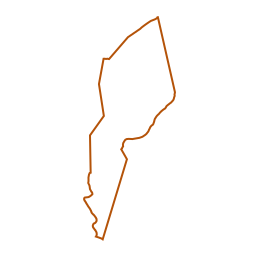 outline of Canelles, Micoud, Saint Lucia, rotated 85°
{"feature_id": "8701671B20457253682512", "entity_name": "Canelles", "entity_type": "district", "adm_level": 2, "iso_a3": "LCA", "parent_name": "Saint Lucia", "parent_adm1": "Micoud", "projection": "albers", "projection_center": [-60.909, 13.785], "detail": "fine", "context": "isolated", "style": "outline", "palette": "amber", "viewbox_px": 256, "rotation_deg": 85, "n_neighbors": 0, "source": "geoboundaries", "source_scale": "gbopen_adm2", "svg_char_len": 4197}
<svg xmlns="http://www.w3.org/2000/svg" viewBox="0 0 256 256"><g transform="rotate(85 128 128)"><path d="M56.9,146.3L81.7,153.1L113.9,151.0L132.0,166.5L169.3,169.1L169.5,170.1L171.0,170.9L173.9,171.7L175.4,171.8L177.6,172.0L179.3,172.4L182.0,171.4L183.2,171.3L185.6,171.2L186.7,170.7L188.4,170.0L189.0,169.4L190.7,169.2L190.8,169.3L191.0,169.4L191.0,169.5L192.1,170.8L192.2,171.0L192.3,171.2L192.4,171.3L192.5,171.5L192.7,171.9L192.8,172.0L193.2,172.9L193.2,173.0L193.3,173.1L193.3,173.3L193.4,173.5L193.5,176.1L193.5,176.4L193.5,176.5L193.5,176.9L193.5,177.0L193.8,177.5L194.0,177.6L194.4,177.8L194.5,177.8L194.8,177.9L195.0,177.9L195.4,177.9L195.5,177.9L195.8,177.8L195.9,177.7L196.1,177.7L196.4,177.6L196.7,177.4L196.8,177.4L197.0,177.2L197.3,177.1L197.6,176.9L197.8,176.8L197.9,176.7L198.0,176.7L198.3,176.6L198.5,176.5L198.6,176.4L198.8,176.4L199.0,176.2L199.3,176.1L199.5,176.0L199.7,175.9L199.9,175.8L200.0,175.8L200.2,175.7L200.3,175.6L200.5,175.5L200.6,175.4L200.8,175.3L201.0,175.2L201.3,175.1L201.6,175.0L201.7,174.9L201.9,174.8L202.0,174.8L202.1,174.7L202.3,174.6L202.8,174.4L203.2,174.1L203.4,174.0L203.5,173.9L203.9,173.7L204.0,173.6L204.4,173.4L204.6,173.3L204.8,173.2L205.1,173.0L205.3,172.9L205.5,172.8L205.7,172.7L205.8,172.7L206.1,172.6L206.5,172.4L206.8,172.3L206.9,172.2L207.1,172.1L207.3,172.1L207.7,172.0L207.9,171.9L208.1,171.9L208.3,171.8L208.5,171.8L208.6,171.7L208.9,171.7L209.1,171.6L209.4,171.5L209.5,171.4L209.8,171.2L210.1,171.0L210.2,170.9L210.3,170.8L210.4,170.7L210.6,170.6L210.8,170.4L211.1,170.2L211.3,170.0L211.4,169.8L211.6,169.7L211.8,169.5L212.0,169.4L212.2,169.2L212.6,169.0L212.7,168.9L212.9,168.8L213.0,168.7L213.4,168.5L213.6,168.4L213.8,168.2L214.1,168.1L214.3,168.0L214.4,167.9L214.5,167.9L214.8,167.7L215.1,167.6L215.3,167.5L215.5,167.5L215.6,167.4L215.8,167.4L216.0,167.3L216.4,167.3L216.6,167.3L217.0,167.3L217.3,167.3L217.5,167.4L217.8,167.5L218.0,167.5L218.4,167.8L218.6,167.9L218.7,168.0L218.8,168.1L219.0,168.3L219.3,168.5L219.5,168.8L219.7,169.0L219.8,169.2L219.8,169.3L219.9,169.5L220.0,169.7L220.0,169.8L220.1,170.0L220.2,170.3L220.3,170.4L220.3,170.5L220.5,170.7L220.6,170.8L220.8,170.9L220.9,171.0L221.1,171.1L221.3,171.2L221.5,171.3L222.0,171.5L222.3,171.6L222.5,171.6L222.8,171.6L223.0,171.6L223.3,171.5L223.5,171.5L223.8,171.4L224.0,171.4L224.3,171.2L224.5,171.1L224.7,170.9L224.8,170.9L225.0,170.8L225.1,170.7L225.3,170.6L225.5,170.5L225.6,170.4L225.8,170.3L225.9,170.2L226.1,170.1L226.3,170.0L226.4,169.9L226.5,169.9L226.7,169.7L226.8,169.7L227.0,169.6L227.1,169.4L227.4,169.3L227.6,169.2L227.8,169.1L228.0,169.0L228.2,168.9L228.3,168.9L228.5,168.8L228.6,168.7L228.9,168.6L229.0,168.6L229.3,168.5L229.5,168.5L229.7,168.4L229.8,168.4L230.0,168.4L230.3,168.4L230.6,168.4L230.8,168.4L231.0,168.4L231.3,168.4L231.5,168.5L231.9,168.6L232.0,168.6L232.4,168.8L232.5,168.8L232.8,169.0L233.0,169.0L233.3,169.2L233.4,169.3L234.3,167.2L235.8,164.0L236.7,162.9L159.0,131.8L148.6,136.6L147.8,135.7L146.9,135.4L146.0,134.5L144.2,134.5L142.7,134.1L140.8,132.8L139.5,131.7L138.9,130.2L138.9,128.2L139.4,124.6L139.0,120.0L138.8,117.5L138.0,114.4L136.3,111.3L135.4,110.1L134.3,109.1L133.7,108.5L133.1,108.0L132.4,107.6L131.7,107.3L131.0,106.8L130.3,106.4L129.6,106.0L128.9,105.6L128.3,105.0L127.7,104.4L127.3,103.7L126.9,103.0L126.3,102.5L125.6,102.2L124.8,101.8L123.4,101.2L122.9,101.1L122.1,100.8L121.4,100.5L120.7,100.0L120.1,99.5L119.4,99.0L118.8,98.5L118.2,97.9L117.7,97.3L117.2,96.7L116.7,96.0L116.1,95.4L115.5,94.9L115.0,94.2L114.4,93.6L113.5,92.3L113.0,91.6L112.6,90.9L112.2,90.2L111.9,89.5L111.3,88.9L110.7,88.4L109.9,88.0L109.4,87.5L108.9,86.8L108.4,86.1L108.0,85.4L107.5,84.7L107.1,84.1L106.7,83.3L106.2,82.7L105.7,82.1L105.1,81.5L104.6,80.9L104.0,80.4L103.3,80.0L102.5,79.7L101.6,79.4L100.9,79.1L100.1,78.7L99.3,78.7L98.5,78.7L97.7,78.4L97.1,78.3L96.5,78.1L19.3,88.7L19.8,88.7L20.3,89.0L20.7,89.3L21.1,89.7L21.4,90.2L21.8,90.9L22.0,91.5L22.2,92.0L22.4,92.7L22.6,93.3L22.7,93.8L22.9,94.4L23.1,95.2L23.2,95.6L23.9,97.0L24.9,98.8L25.8,100.4L26.8,102.1L27.6,103.4L28.1,104.2L28.8,105.3L29.2,105.9L29.7,106.5L30.2,107.1L37.5,120.1L57.7,140.9L57.2,142.5L57.3,143.8L56.9,145.6L56.9,146.3Z" fill="none" stroke="#b45309" stroke-width="2"/></g></svg>